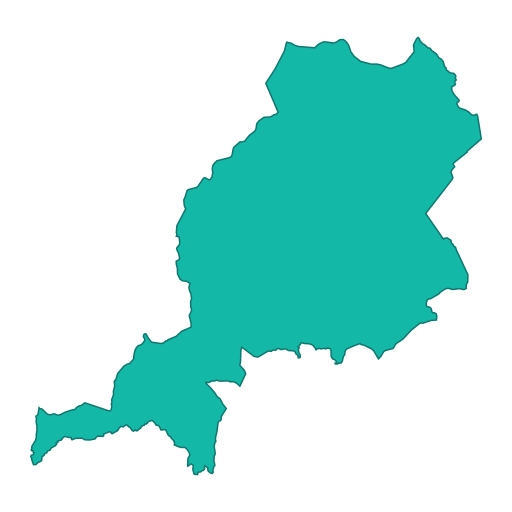 Xochitlán de Vicente Suárez, Puebla, Mexico (Mercator projection)
{"feature_id": "50627088B61548157381216", "entity_name": "Xochitlán de Vicente Suárez", "entity_type": "district", "adm_level": 2, "iso_a3": "MEX", "parent_name": "Mexico", "parent_adm1": "Puebla", "projection": "mercator", "projection_center": [-97.672, 19.934], "detail": "fine", "context": "isolated", "style": "filled", "palette": "teal", "viewbox_px": 512, "rotation_deg": 0, "n_neighbors": 0, "source": "geoboundaries", "source_scale": "gbopen_adm2", "svg_char_len": 5994}
<svg xmlns="http://www.w3.org/2000/svg" viewBox="0 0 512 512"><path d="M418.0,37.5L416.6,38.7L413.5,44.9L414.2,51.7L405.8,62.4L403.2,63.9L391.6,68.3L389.4,68.3L380.4,64.8L376.7,64.1L371.1,64.1L360.6,61.4L354.1,56.3L350.9,51.9L348.6,45.2L346.7,42.4L344.8,40.5L343.2,39.5L339.9,39.7L336.1,42.2L333.6,43.0L324.5,41.8L322.4,42.3L318.2,44.4L314.8,47.8L297.7,46.4L293.7,44.8L291.2,43.2L286.6,42.2L284.4,51.0L275.1,68.9L265.8,83.3L278.2,112.3L276.1,114.3L274.1,114.7L270.4,117.0L264.0,117.3L259.0,120.8L256.8,123.6L255.9,129.3L254.7,131.2L249.3,135.4L244.6,141.2L241.4,142.1L240.1,141.8L234.2,146.9L233.2,148.6L232.3,154.1L231.3,156.7L228.9,157.8L217.0,160.7L214.1,163.7L212.9,165.5L212.5,167.3L212.3,169.7L212.8,172.4L211.9,177.2L210.0,179.8L208.9,179.8L205.0,177.7L203.6,178.0L197.9,186.4L196.4,187.5L188.3,189.6L187.1,190.5L185.0,197.3L183.8,199.9L184.3,205.8L185.7,208.8L176.9,225.7L176.3,232.6L177.0,235.1L176.3,236.2L178.6,236.8L179.2,237.6L179.7,242.1L179.5,244.4L176.6,248.2L176.9,249.8L178.6,253.3L179.7,258.5L178.3,260.2L176.2,261.2L176.3,264.1L177.4,268.5L177.5,273.9L180.1,279.2L182.4,280.8L186.6,281.3L190.0,283.4L188.9,287.2L189.6,291.0L190.8,293.3L191.6,298.6L190.6,301.7L190.8,306.6L191.6,310.4L189.2,315.6L191.1,323.4L191.1,327.1L181.5,331.4L176.2,336.3L167.9,339.8L167.3,340.8L165.9,340.9L163.4,343.1L160.9,343.5L151.8,342.2L150.3,340.8L147.6,336.9L146.1,334.0L145.0,333.8L143.8,334.5L143.3,336.7L144.8,339.1L144.5,340.9L142.3,343.8L140.6,345.0L138.3,345.6L136.6,347.3L135.0,350.2L133.8,355.6L133.7,358.9L129.5,363.6L127.0,364.2L123.6,366.4L117.5,373.8L116.0,379.1L114.2,381.4L114.7,385.9L113.4,391.3L113.5,394.6L111.7,399.7L111.9,402.7L111.3,404.1L111.8,406.7L111.0,410.0L110.2,410.8L108.9,410.9L84.9,402.8L81.7,405.2L78.7,406.1L76.8,407.3L74.7,409.6L73.1,409.6L64.8,412.3L61.0,414.4L58.1,415.3L54.3,413.8L50.2,414.8L47.6,414.3L41.8,408.9L40.2,408.8L39.1,407.7L38.1,413.9L37.3,415.3L36.2,415.9L35.9,416.8L36.5,418.5L36.1,421.7L36.9,426.1L37.0,430.6L36.3,434.0L36.3,437.3L35.6,440.2L32.1,445.9L31.7,447.2L32.0,447.9L31.2,450.0L31.4,450.6L33.1,450.8L33.1,452.1L34.0,452.8L33.0,454.9L31.3,455.1L30.7,456.7L31.8,458.3L31.8,459.9L33.5,464.7L36.0,464.5L37.9,462.6L41.2,461.1L41.7,460.4L41.9,457.0L44.2,455.2L44.3,454.1L46.7,452.8L47.8,450.8L50.0,450.2L51.2,448.0L55.4,445.7L56.6,444.0L56.2,443.3L56.9,443.1L57.0,442.2L57.9,442.1L58.2,441.7L58.1,440.8L61.2,440.1L63.0,437.6L65.0,436.4L68.9,437.5L70.5,437.4L71.2,437.8L71.6,439.5L72.1,439.8L75.3,438.4L82.1,438.2L84.9,439.8L89.7,440.0L95.1,438.9L96.7,436.7L97.9,436.1L103.0,436.4L103.6,435.8L103.9,433.9L109.6,431.7L111.2,432.4L111.4,433.4L112.1,433.7L117.7,430.6L119.4,427.6L121.0,426.4L123.2,426.8L125.9,425.0L127.5,425.2L128.4,426.6L130.4,427.8L132.0,430.4L133.6,431.2L135.0,429.9L136.2,430.8L137.3,430.7L139.1,429.3L139.3,428.6L140.5,428.3L141.8,426.1L143.1,425.4L144.0,425.5L144.9,424.1L146.1,424.1L146.3,423.5L147.3,423.3L148.2,421.9L149.3,421.2L152.1,420.5L154.4,422.4L156.0,425.0L159.0,425.8L161.0,430.0L164.9,429.6L165.8,430.1L168.5,435.6L170.4,436.5L170.8,437.7L171.5,437.9L171.9,438.9L173.3,440.1L174.6,442.8L174.3,445.0L180.5,447.4L185.0,447.5L186.9,449.1L189.0,452.2L189.8,455.2L188.0,458.2L187.6,465.8L187.9,466.3L190.9,463.8L192.7,464.9L193.4,466.2L192.9,467.8L192.9,470.0L194.0,473.8L194.8,474.4L197.7,474.5L197.9,472.3L200.7,471.9L202.3,470.6L203.4,470.4L204.6,468.8L204.4,466.0L204.8,465.8L207.7,467.6L208.0,470.9L208.6,471.5L210.8,473.1L212.2,473.5L213.2,472.3L212.9,470.2L213.6,467.3L214.9,465.4L213.8,460.0L214.2,458.8L214.0,456.4L215.0,454.7L215.2,453.0L214.2,446.4L214.9,442.6L215.9,441.4L215.5,440.1L215.6,437.2L217.1,430.8L218.0,422.7L218.9,421.2L220.5,420.7L221.2,419.4L221.3,416.6L226.3,408.5L222.8,404.1L220.1,398.8L217.2,396.7L215.0,393.1L211.1,388.4L206.2,383.5L205.9,382.4L209.2,382.5L211.8,380.9L214.8,381.0L216.4,380.2L219.8,381.1L228.1,380.9L229.9,381.8L233.0,381.7L234.6,382.2L236.8,383.3L239.9,386.2L245.7,373.7L244.4,370.4L239.7,365.2L240.5,362.4L240.9,350.0L241.9,347.2L254.0,356.4L255.1,356.6L258.0,357.1L268.3,351.0L271.3,351.3L272.7,350.1L275.8,350.2L277.3,348.6L278.8,348.6L281.0,349.6L284.5,348.9L286.1,349.1L288.4,350.5L293.8,350.9L295.4,352.2L295.9,353.9L296.8,354.3L298.1,356.0L298.1,357.8L299.2,357.9L300.1,357.5L300.3,355.1L299.1,353.0L298.3,349.8L299.2,347.5L297.9,346.7L300.0,344.9L301.2,342.7L305.1,343.6L308.3,343.7L311.0,344.3L312.8,345.3L315.6,348.5L315.8,349.7L316.3,349.7L316.9,348.9L319.6,348.4L320.7,348.9L325.0,348.3L325.7,348.9L327.5,348.1L330.0,348.5L331.0,350.4L331.2,356.5L332.6,358.9L334.7,359.6L336.5,361.8L336.5,363.3L335.1,363.1L335.2,363.9L337.4,364.0L338.6,363.2L341.1,363.0L342.3,361.3L343.4,356.4L344.7,354.8L345.2,350.7L346.9,348.9L355.8,345.0L360.2,343.6L361.1,344.6L364.1,345.2L371.2,348.7L373.5,350.5L378.5,358.9L380.7,356.6L383.6,351.8L385.3,350.5L392.7,348.6L393.5,347.9L395.9,343.8L402.9,339.1L411.3,330.1L419.5,323.5L421.5,322.9L422.8,323.2L430.8,320.5L436.5,320.0L436.8,315.9L436.2,313.8L434.7,312.9L432.6,312.7L431.6,311.1L431.4,308.9L430.2,307.4L427.0,306.5L426.4,305.7L426.3,302.7L427.3,299.9L428.4,299.0L430.4,298.8L431.8,298.0L438.9,293.9L440.2,292.3L444.8,289.1L447.9,288.2L452.7,289.5L459.5,288.6L463.8,289.6L466.2,288.5L466.3,284.3L467.7,282.3L467.9,274.7L456.1,249.4L455.5,247.1L453.6,246.1L453.1,244.5L451.3,242.9L451.0,240.3L447.2,237.9L444.3,238.3L443.4,239.1L425.7,213.5L451.8,179.9L452.9,177.5L450.9,172.0L452.2,169.4L454.7,166.8L453.0,164.0L454.2,162.5L467.1,152.2L467.0,151.3L481.3,138.9L477.7,116.5L476.8,114.2L474.0,115.3L471.7,114.9L469.0,112.2L465.5,110.0L459.8,108.2L457.9,106.3L456.8,103.6L457.2,102.3L458.6,101.8L459.3,100.4L454.0,94.4L452.0,90.8L451.7,89.0L451.9,86.7L454.8,85.2L455.4,84.1L454.8,83.0L455.0,81.1L456.2,80.0L455.4,78.2L455.8,76.1L455.5,75.2L453.7,73.3L451.2,73.1L449.7,72.5L446.3,69.8L446.2,68.2L444.5,66.3L443.3,61.7L441.6,59.4L438.9,57.8L436.5,54.0L431.8,50.6L430.4,48.6L429.4,48.0L428.3,48.1L424.2,44.4L422.2,43.7L421.8,42.5L420.5,41.5L419.2,38.5L418.0,37.5Z" fill="#14b8a6" stroke="#0f766e" stroke-width="1.5"/></svg>